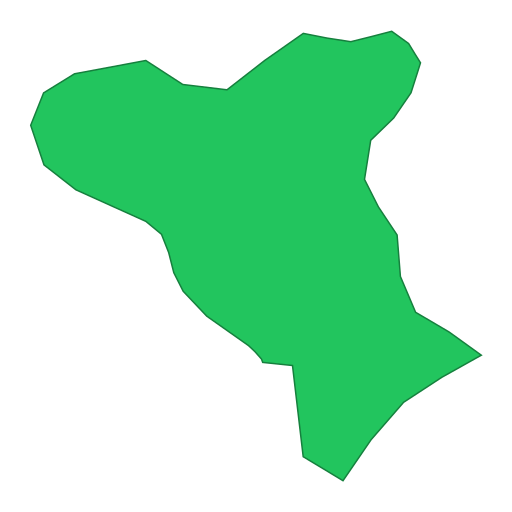 an SVG outline of Qubadli
{"feature_id": "AZE-1736", "entity_name": "Qubadli", "entity_type": "District", "adm_level": 1, "iso_a3": "AZE", "parent_name": "Azerbaijan", "parent_adm1": "", "projection": "orthographic", "projection_center": [46.627, 39.307], "detail": "fine", "context": "isolated", "style": "filled", "palette": "green", "viewbox_px": 512, "rotation_deg": 0, "n_neighbors": 0, "source": "natural_earth", "source_scale": "10m", "svg_char_len": 651}
<svg xmlns="http://www.w3.org/2000/svg" viewBox="0 0 512 512"><path d="M262.7,362.4L261.5,359.1L254.9,351.6L248.5,345.6L206.8,316.2L183.2,291.3L173.8,272.7L168.7,252.6L161.5,234.3L145.9,221.4L75.9,189.8L44.0,164.9L30.7,125.3L43.6,92.9L74.5,73.8L145.8,60.5L182.8,84.5L227.0,89.8L264.9,60.3L303.3,33.4L327.2,38.1L350.8,41.7L371.3,36.6L391.7,31.3L408.6,43.5L415.3,54.5L420.5,62.8L417.4,72.7L411.0,92.8L393.7,118.0L370.7,140.3L364.5,179.4L378.4,206.9L397.1,235.0L400.4,276.5L415.6,312.3L449.1,332.0L481.3,355.2L441.8,377.3L403.6,402.3L371.1,439.7L343.0,480.7L303.2,456.7L292.5,365.5L262.7,362.4Z" fill="#22c55e" stroke="#15803d" stroke-width="1.5"/></svg>